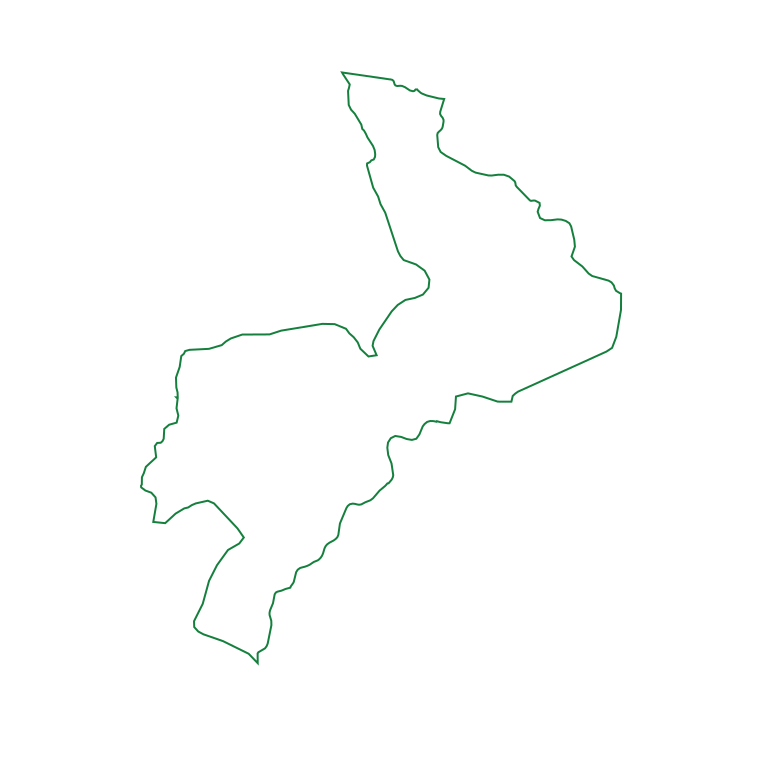 SVG path tracing the border of Kwara, rotated 102°
{"feature_id": "NGA-2849", "entity_name": "Kwara", "entity_type": "State", "adm_level": 1, "iso_a3": "NGA", "parent_name": "Nigeria", "parent_adm1": "", "projection": "natural_earth1", "projection_center": [4.317, 9.059], "detail": "fine", "context": "isolated", "style": "outline", "palette": "green", "viewbox_px": 768, "rotation_deg": 102, "n_neighbors": 0, "source": "natural_earth", "source_scale": "10m", "svg_char_len": 3609}
<svg xmlns="http://www.w3.org/2000/svg" viewBox="0 0 768 768"><g transform="rotate(102 384 384)"><path d="M220.3,227.1L223.3,223.9L227.8,214.4L233.4,206.8L235.1,202.8L236.2,185.8L237.3,182.6L239.9,179.6L242.4,178.3L244.6,176.4L246.1,172.1L246.3,170.9L247.2,170.7L262.2,167.6L289.5,166.6L301.2,168.4L306.0,173.1L363.6,251.3L366.2,253.7L368.9,255.6L374.8,255.7L377.6,269.1L375.8,285.1L375.7,299.9L381.3,311.0L393.9,309.2L408.8,311.7L409.1,313.1L409.6,320.6L409.4,324.4L409.6,324.4L409.9,324.2L410.0,324.0L410.0,327.8L410.6,331.1L412.1,333.9L414.7,336.0L417.4,337.3L426.0,338.9L430.8,341.0L432.9,345.1L433.1,350.4L432.2,356.2L432.5,362.2L435.6,366.1L440.4,367.9L445.6,367.5L452.6,365.1L460.2,360.1L471.3,356.0L473.6,356.0L475.9,356.6L480.2,358.9L480.4,359.9L483.4,361.6L489.1,366.1L498.1,371.0L500.6,373.2L503.5,377.6L506.5,381.2L507.3,383.3L507.4,385.3L507.3,387.4L507.5,389.7L508.7,392.4L510.8,394.1L513.3,395.0L529.6,398.1L541.1,397.3L543.6,397.8L545.7,399.1L547.5,400.7L550.6,404.4L552.7,406.3L554.8,407.4L557.1,408.0L562.3,408.4L564.8,408.9L567.1,409.8L569.4,411.3L570.4,412.3L572.6,415.6L576.3,419.2L577.8,421.2L579.1,423.3L580.8,426.7L581.4,427.8L583.6,429.8L586.3,430.8L596.2,431.1L597.5,431.4L601.3,433.1L602.7,433.3L604.9,437.6L607.5,441.4L609.3,445.1L610.4,446.4L612.4,447.2L621.5,447.0L629.1,448.4L631.6,448.4L633.7,447.9L639.1,445.0L643.3,444.0L662.1,443.8L664.8,444.3L667.3,445.4L672.5,451.1L673.8,451.6L683.3,449.5L676.0,460.3L669.0,487.9L666.4,508.5L664.7,514.3L661.2,519.1L655.5,520.5L636.7,515.6L612.9,514.2L596.0,509.7L578.8,502.1L570.1,492.4L563.3,489.2L555.7,497.3L536.1,525.5L534.8,532.1L540.0,543.4L542.5,546.9L545.5,549.9L547.2,553.5L554.1,560.9L565.6,569.1L566.9,581.0L548.5,581.7L542.4,583.9L538.7,589.0L537.8,595.3L535.6,600.0L534.1,600.5L532.7,600.0L525.5,601.4L521.2,600.4L514.5,599.7L503.1,591.6L492.4,595.3L488.8,593.6L487.9,590.2L486.0,588.8L483.4,588.1L473.6,589.6L468.5,585.7L464.9,578.8L457.7,578.6L450.9,581.9L441.3,582.8L440.2,584.4L439.9,583.0L435.1,584.2L430.6,586.4L421.0,588.8L409.8,587.4L398.8,588.1L396.0,586.0L393.1,585.3L391.0,581.3L386.0,562.5L379.7,550.8L375.3,547.5L371.3,543.3L365.1,532.9L359.3,506.3L353.2,495.7L338.0,456.8L335.7,444.7L337.9,432.6L341.7,428.4L344.5,423.4L348.8,418.3L354.4,414.5L360.3,404.9L357.4,397.2L349.0,403.1L344.2,403.2L331.7,399.9L311.4,391.6L303.8,387.0L297.3,380.5L293.4,371.7L288.4,364.5L280.6,360.4L272.4,361.3L264.7,367.8L260.4,377.5L258.7,390.5L255.4,394.6L251.4,397.9L216.2,418.4L208.8,424.8L201.9,428.7L194.2,435.4L174.0,446.0L171.8,446.4L170.0,444.0L167.9,442.9L166.5,440.7L163.7,440.0L161.0,440.4L157.1,441.8L153.4,444.3L146.3,451.4L143.0,453.8L140.2,456.3L139.0,458.3L135.0,460.1L125.7,468.8L122.5,473.3L118.4,476.5L104.8,480.1L101.5,479.8L98.1,479.8L89.3,488.7L88.0,489.8L84.8,441.3L84.7,441.1L84.8,439.0L85.8,437.5L88.7,435.9L89.6,434.9L89.8,433.1L88.9,430.1L88.7,428.3L89.3,425.2L91.5,419.6L91.6,416.5L90.9,415.1L90.1,414.8L89.3,414.3L89.0,412.7L89.5,412.3L91.4,408.9L91.9,407.7L92.9,402.3L93.3,389.7L92.7,384.4L105.9,385.6L108.2,385.3L109.9,383.9L111.3,382.1L113.2,380.7L115.0,380.3L120.3,380.1L122.1,380.4L124.0,381.4L125.7,382.7L127.4,383.7L129.4,383.7L141.1,380.2L145.3,376.8L147.9,370.6L153.6,350.1L157.2,342.4L158.2,338.3L158.3,325.3L157.7,322.0L155.5,315.7L154.4,310.2L155.1,304.7L158.4,298.5L159.6,297.5L162.4,296.4L163.6,295.1L174.1,279.4L174.3,278.3L173.4,275.8L173.2,274.4L174.5,269.5L177.2,268.6L180.6,269.3L183.6,269.5L189.2,265.9L190.4,260.7L189.0,254.6L186.9,248.5L186.3,244.6L186.7,240.1L188.2,236.1L191.0,233.7L203.3,227.9L210.0,225.8L220.3,227.1Z" fill="none" stroke="#15803d" stroke-width="2"/></g></svg>